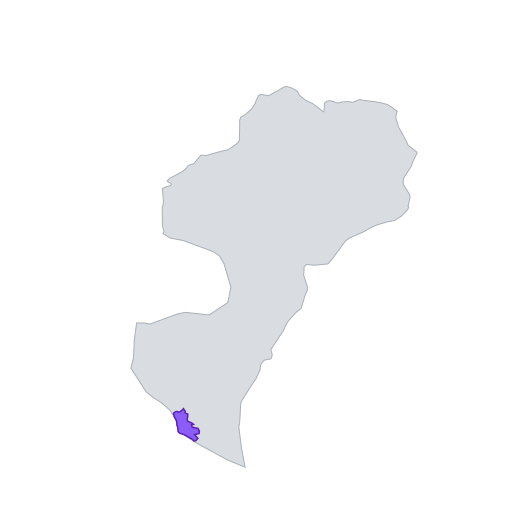 Pavilostas on a map of Latvia (Albers equal-area conic projection), rotated 297°
{"feature_id": "LVA-5719", "entity_name": "Pavilostas", "entity_type": "Municipality", "adm_level": 1, "iso_a3": "LVA", "parent_name": "Latvia", "parent_adm1": "", "projection": "albers", "projection_center": [21.267, 56.804], "detail": "fine", "context": "in_parent", "style": "filled", "palette": "violet", "viewbox_px": 512, "rotation_deg": 297, "n_neighbors": 0, "source": "natural_earth", "source_scale": "10m", "svg_char_len": 2374}
<svg xmlns="http://www.w3.org/2000/svg" viewBox="0 0 512 512"><g transform="rotate(297 256 256)"><path d="M368.3,370.1L365.4,369.9L357.4,367.4L350.5,363.3L346.1,357.6L338.8,349.8L334.0,345.9L326.7,341.1L314.4,331.1L310.0,328.9L289.1,325.5L281.6,323.7L274.1,311.9L271.5,304.9L268.1,303.8L264.5,305.5L260.6,307.1L251.8,315.9L248.8,317.2L243.1,317.6L229.8,320.0L223.6,317.2L212.9,314.3L207.1,314.0L202.0,314.3L179.4,311.7L175.3,315.4L171.2,316.1L167.0,310.7L162.0,309.3L156.5,311.3L146.4,311.7L134.4,310.2L119.2,309.0L116.9,309.7L100.1,317.1L95.9,318.3L77.6,330.7L62.9,342.2L61.3,323.7L62.3,286.8L64.5,268.6L74.5,257.9L79.4,249.6L82.3,238.5L83.2,228.3L85.1,219.8L99.2,195.5L110.3,192.8L125.4,185.9L142.2,180.0L145.6,187.0L147.3,192.5L168.2,211.8L173.6,218.4L182.2,241.0L201.7,252.0L216.7,247.8L223.0,241.9L234.6,231.0L239.6,223.2L240.4,215.8L236.8,184.6L233.0,171.2L233.7,162.8L235.8,163.1L240.6,158.8L256.7,150.4L259.9,149.9L263.6,148.2L273.6,141.9L277.1,144.7L280.1,148.1L281.6,148.0L282.2,146.7L281.9,144.5L282.5,142.8L285.6,143.5L298.1,152.2L302.8,154.1L306.0,154.6L310.1,158.7L320.5,161.0L321.9,163.2L322.9,166.0L333.4,177.3L338.1,183.0L347.1,187.8L350.9,188.9L365.5,182.0L369.5,179.8L372.9,179.4L376.7,182.1L385.1,185.3L392.5,186.0L393.8,185.6L400.0,185.4L402.3,186.8L404.4,194.3L412.0,199.6L419.0,204.0L420.9,206.1L421.8,210.5L421.9,215.7L421.3,218.5L418.9,221.8L417.2,229.9L417.6,237.4L415.0,250.6L415.9,250.8L423.7,247.7L426.0,248.8L428.1,251.5L429.4,259.5L432.4,262.9L435.6,268.3L436.9,272.6L442.6,277.4L443.3,280.7L447.7,292.5L449.6,299.3L450.7,304.6L449.8,311.5L448.9,316.3L447.3,316.2L442.7,317.8L435.9,324.1L426.2,338.3L423.6,341.4L421.7,351.7L421.1,352.7L414.6,352.9L412.8,352.8L406.4,353.6L392.1,352.2L386.8,354.4L380.5,365.1L377.8,366.8L369.6,368.8L368.3,370.1Z" fill="#d9dde1" stroke="#a8b0b8" stroke-width="1"/><path d="M63.1,284.9L63.8,281.8L64.2,273.4L64.0,271.4L63.6,269.7L63.5,268.0L64.2,266.3L68.6,263.4L69.1,262.5L72.6,260.4L73.6,259.3L75.6,256.3L76.1,255.7L76.8,255.3L78.2,253.9L78.4,253.9L80.1,254.6L81.3,255.6L81.9,257.0L81.6,257.7L81.9,258.2L82.4,258.8L84.6,259.9L87.1,260.7L86.0,262.3L85.7,263.2L84.0,264.3L84.2,267.0L82.6,267.8L79.2,268.9L77.8,270.1L78.1,274.9L77.6,276.8L76.3,275.1L74.6,276.8L75.3,279.9L76.1,282.4L74.5,284.9L72.0,285.9L68.9,282.4L67.2,287.0L63.8,286.1L63.1,284.9Z" fill="#8b5cf6" stroke="#5b21b6" stroke-width="1.5"/></g></svg>